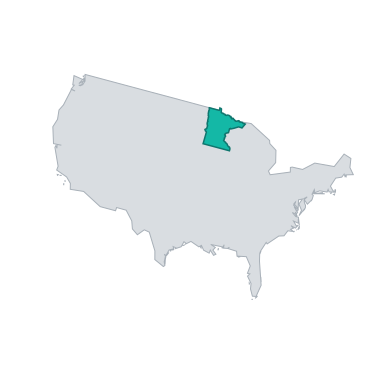 where Minnesota sits in United States of America, rotated 15°
{"feature_id": "USA-3514", "entity_name": "Minnesota", "entity_type": "State", "adm_level": 1, "iso_a3": "USA", "parent_name": "United States of America", "parent_adm1": "", "projection": "equal_earth", "projection_center": [-93.694, 46.435], "detail": "fine", "context": "in_parent", "style": "filled", "palette": "teal", "viewbox_px": 384, "rotation_deg": 15, "n_neighbors": 0, "source": "natural_earth", "source_scale": "10m", "svg_char_len": 7513}
<svg xmlns="http://www.w3.org/2000/svg" viewBox="0 0 384 384"><g transform="rotate(15 192 192)"><path d="M303.1,132.3L322.8,130.6L329.1,116.0L336.8,118.5L338.2,127.5L343.3,133.5L336.0,135.7L335.8,137.4L334.3,135.3L332.8,138.9L327.2,141.4L324.2,150.5L328.0,154.5L330.2,154.0L329.4,152.3L330.2,153.1L330.6,155.1L324.3,156.4L322.8,154.3L322.5,157.1L315.1,157.8L309.8,161.5L310.2,159.4L309.5,158.0L308.5,163.1L310.1,164.0L309.9,168.3L306.6,173.9L302.4,170.4L304.5,166.9L301.9,169.3L303.3,173.2L305.1,175.5L305.6,178.0L301.5,187.1L302.5,181.3L298.4,175.9L300.5,170.2L296.9,172.0L298.8,180.4L295.0,177.8L293.8,178.1L294.7,175.4L294.6,174.7L293.5,176.7L293.6,178.5L299.3,181.8L298.2,183.3L295.5,180.3L294.5,179.8L297.9,183.4L299.2,184.1L298.6,186.2L296.8,184.5L299.6,187.8L299.0,188.2L297.7,186.6L294.2,185.8L298.6,188.9L301.3,188.8L304.4,196.7L301.7,190.6L302.7,194.6L297.6,193.8L301.5,197.7L303.2,196.6L301.2,200.1L296.3,198.9L299.3,200.7L296.9,202.5L300.0,203.9L294.6,204.7L292.2,210.5L287.2,212.1L278.0,222.7L276.7,221.5L273.5,231.4L273.3,233.8L275.1,241.4L282.9,264.2L280.9,276.3L277.3,277.0L273.6,270.5L272.7,265.1L267.4,258.9L269.1,256.1L266.6,256.2L267.4,248.3L261.2,240.4L252.1,242.3L250.4,237.7L241.3,237.3L242.4,235.6L240.9,237.3L236.8,238.1L236.7,234.6L236.1,237.1L223.7,237.8L228.9,239.5L227.2,242.7L231.2,245.9L229.2,247.6L224.7,243.4L224.4,246.6L218.3,245.2L214.9,241.1L212.8,243.2L203.8,240.0L198.6,244.5L199.9,243.3L197.1,242.1L195.7,247.7L190.2,251.3L191.5,250.2L187.9,249.6L189.1,251.6L184.9,253.9L183.2,260.2L181.4,259.2L183.0,260.9L183.2,266.6L184.8,270.1L183.6,271.4L173.6,266.9L171.4,258.5L161.1,241.8L155.7,240.9L150.3,247.4L144.0,243.1L141.3,235.5L133.1,226.6L123.2,226.5L123.0,229.9L107.1,229.9L87.2,219.5L73.7,220.9L72.3,215.2L67.0,209.9L55.6,205.8L56.0,201.8L48.0,184.3L48.5,182.4L50.2,184.7L49.4,180.9L53.7,180.6L45.7,181.1L40.7,165.0L43.3,156.6L42.3,147.2L45.3,141.2L49.0,124.2L52.9,124.7L48.7,123.8L50.6,119.3L49.1,119.4L47.9,110.1L57.4,111.6L54.7,116.5L58.4,113.0L57.5,117.1L55.0,118.2L56.6,118.3L58.7,116.6L60.0,112.5L58.3,106.1L197.3,106.1L197.3,103.7L200.0,107.7L215.7,112.1L231.5,110.6L253.6,122.1L254.6,125.1L262.3,130.0L265.2,142.0L260.4,151.9L263.0,155.1L281.8,147.3L280.7,142.8L282.4,142.0L293.0,141.6L303.1,132.3ZM317.5,159.9L320.7,159.4L309.6,162.3L318.6,158.7L317.5,159.9ZM58.4,110.0L59.3,112.6L59.2,113.0L57.7,111.1L58.4,110.0ZM184.7,269.1L183.4,264.1L183.5,261.2L183.7,264.2L184.7,269.1ZM336.8,136.0L336.9,137.4L336.4,137.1L336.8,136.0ZM215.0,242.6L215.2,243.7L214.2,242.8L215.0,242.6ZM59.8,210.3L61.2,209.7L61.3,209.8L59.8,210.3ZM58.4,209.9L57.7,210.7L57.3,209.9L58.4,209.9ZM327.2,156.6L326.4,157.5L326.2,157.3L327.2,156.6ZM184.3,258.5L183.5,260.8L185.4,256.4L184.3,258.5ZM280.6,256.6L282.1,261.1L280.4,256.2L280.6,256.6ZM66.4,213.9L66.9,215.1L66.3,214.0L66.4,213.9ZM281.5,277.0L280.4,278.4L282.2,275.4L281.5,277.0ZM305.0,199.4L303.9,201.1L304.6,197.1L305.0,199.4ZM57.5,107.9L57.4,108.7L56.9,108.3L57.5,107.9ZM189.2,252.5L187.2,253.5L189.2,252.1L189.2,252.5ZM330.3,157.0L330.4,158.0L329.4,157.8L330.3,157.0ZM66.0,217.2L66.4,218.6L65.8,217.4L66.0,217.2ZM186.7,254.4L185.9,254.9L186.6,254.0L186.7,254.4ZM305.2,179.7L304.1,181.9L305.4,178.9L305.2,179.7ZM198.0,245.5L196.7,246.4L198.6,244.9L198.0,245.5ZM273.8,232.6L273.6,234.4L273.4,233.1L273.8,232.6ZM300.4,204.1L300.0,204.5L301.2,203.2L300.4,204.1ZM255.4,241.9L253.9,242.8L253.3,242.6L255.4,241.9ZM236.2,237.8L235.9,238.1L235.0,238.1L236.2,237.8ZM271.1,265.2L271.3,266.6L270.8,265.0L271.1,265.2ZM232.3,240.4L232.1,241.6L232.0,239.4L232.3,240.4ZM278.1,280.2L277.3,280.3L278.4,279.9L278.1,280.2ZM309.7,169.0L309.2,170.1L309.8,168.6L309.7,169.0ZM303.0,201.4L302.4,201.8L303.0,201.4Z" fill="#d9dde1" stroke="#a8b0b8" stroke-width="1"/><path d="M186.9,106.1L197.2,106.1L197.3,106.0L197.3,103.7L197.6,103.8L198.2,103.8L198.5,103.8L198.8,104.0L199.0,104.2L199.0,104.4L199.1,104.6L199.1,105.0L199.5,106.6L199.5,107.1L199.5,107.3L199.6,107.5L200.1,107.8L200.5,108.0L201.5,107.9L201.7,108.0L201.8,108.0L201.9,108.3L203.7,108.4L203.9,108.5L204.1,109.0L204.3,109.2L205.1,109.1L205.3,109.0L205.7,109.0L205.8,108.9L205.9,108.7L206.1,108.6L206.9,108.4L208.3,108.5L208.7,108.8L209.5,109.0L209.9,109.0L210.0,109.2L210.0,109.3L209.9,109.3L209.7,109.3L209.6,109.5L209.8,109.7L210.3,109.6L210.6,109.6L210.8,109.9L210.9,110.0L210.9,110.4L210.9,110.5L211.1,110.7L211.3,111.0L211.6,111.0L211.8,110.9L211.7,110.6L211.8,110.4L212.4,110.2L212.9,110.3L213.0,110.3L213.1,110.5L213.2,110.8L213.3,110.9L213.4,111.0L214.0,111.2L214.4,111.3L214.5,111.4L214.8,111.6L214.7,111.8L214.8,111.9L215.2,111.9L215.3,111.9L215.4,112.0L215.8,112.2L216.0,112.2L216.1,112.3L216.5,112.1L216.9,112.1L217.1,112.0L217.3,111.8L217.9,111.4L218.2,111.3L218.3,111.3L218.7,111.0L218.9,111.0L219.1,111.1L219.1,111.3L219.2,111.5L219.3,111.6L219.3,111.8L219.6,112.0L219.8,112.0L220.3,111.8L220.5,111.9L220.6,112.0L220.8,111.9L221.0,111.9L222.5,111.8L222.8,111.8L223.0,111.9L223.3,112.3L223.5,112.5L223.8,112.6L224.4,112.4L224.5,112.4L224.8,112.5L225.0,112.5L225.4,112.5L225.9,112.6L223.7,117.2L220.2,117.0L216.0,119.6L213.5,120.9L212.8,120.6L212.7,120.6L212.5,120.8L212.4,120.9L212.3,121.0L212.3,121.3L212.2,121.3L211.9,121.3L211.9,125.1L211.7,125.2L211.6,125.3L211.5,125.5L211.4,125.5L211.2,125.5L210.9,125.7L210.7,125.7L210.6,125.8L210.5,126.0L210.4,126.0L210.0,126.2L209.9,126.2L209.8,126.3L209.6,126.4L209.4,126.8L209.4,127.0L208.8,127.6L208.8,127.8L208.7,128.3L208.8,128.5L209.1,128.6L209.3,128.5L209.5,128.6L209.7,129.0L209.8,129.2L209.9,129.3L210.0,129.4L210.0,129.5L209.8,129.9L209.8,130.1L209.7,130.2L209.6,130.3L209.5,130.5L209.5,130.9L209.4,131.0L209.5,131.1L209.5,131.4L209.6,131.5L209.4,131.8L209.3,132.0L209.4,132.3L209.5,132.6L209.5,132.9L209.4,133.0L209.4,133.3L209.4,133.6L209.2,134.0L209.3,134.1L209.7,134.3L210.0,134.7L210.2,134.8L210.4,135.0L211.2,135.1L211.4,135.2L211.6,135.3L211.7,135.5L211.9,135.8L212.0,135.9L212.1,136.0L212.7,136.1L212.9,136.2L213.7,136.8L213.9,137.2L214.3,137.9L214.4,138.0L214.7,138.1L215.3,138.6L215.9,138.7L216.2,138.9L216.3,138.9L216.3,139.0L216.5,139.0L216.7,139.3L216.8,139.4L216.8,139.5L217.1,139.6L217.2,139.8L217.3,140.0L217.3,140.3L217.3,140.5L217.5,140.8L217.5,141.0L217.4,141.4L217.4,141.5L217.5,141.6L217.5,141.9L217.5,142.0L217.5,142.3L217.5,142.5L190.2,142.5L190.4,130.4L190.2,130.0L190.0,129.9L189.8,129.7L189.6,129.7L189.2,129.6L189.0,129.3L188.8,128.9L188.7,128.8L188.4,128.5L188.3,128.3L188.3,128.2L188.7,127.9L188.8,127.7L189.2,127.5L189.4,127.4L189.5,127.3L189.6,126.9L189.8,126.8L189.8,126.6L189.8,126.2L189.8,125.6L189.8,125.4L189.9,125.1L189.9,124.7L189.8,124.4L189.8,124.2L189.7,124.1L189.8,123.7L189.7,123.5L189.7,123.4L189.5,123.2L189.2,122.8L189.2,122.7L189.0,122.4L189.1,122.2L189.0,121.9L189.0,121.7L188.8,121.5L188.8,121.4L188.8,121.1L188.9,120.9L188.8,120.5L188.8,120.4L188.8,120.2L188.8,119.9L188.9,119.7L189.0,119.6L188.9,119.5L188.7,119.4L188.8,119.4L188.7,119.2L188.7,118.6L188.6,118.2L188.7,117.8L188.6,117.5L188.6,117.4L188.6,116.5L188.6,116.4L188.5,116.2L188.6,115.9L188.5,115.7L188.6,115.4L188.6,115.2L188.4,114.8L188.4,114.6L188.3,114.4L188.2,114.3L188.2,114.0L188.0,113.8L187.9,113.8L187.9,113.7L188.0,113.7L187.8,113.3L187.8,113.2L187.7,112.8L187.6,112.6L187.6,112.4L187.4,111.9L187.3,111.7L187.3,111.4L187.3,111.1L187.4,110.7L187.2,110.1L187.3,109.9L187.3,109.7L187.3,109.4L187.2,109.1L187.2,108.8L187.4,108.6L187.5,108.3L187.4,108.0L187.3,107.8L187.3,107.7L187.3,107.4L187.1,107.1L187.1,106.8L187.0,106.7L186.9,106.4L186.9,106.1Z" fill="#14b8a6" stroke="#0f766e" stroke-width="1.5"/></g></svg>